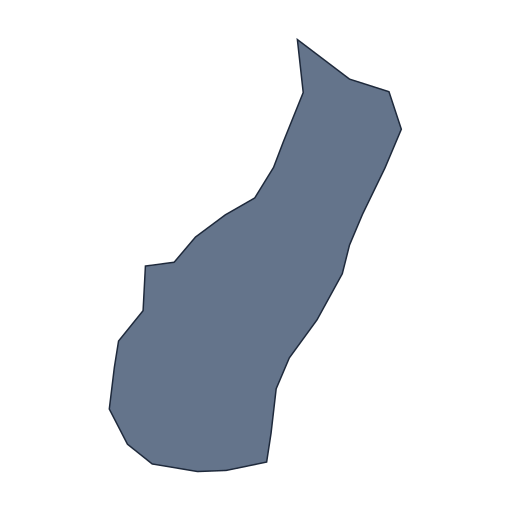 the district of Agios Georgios Keryneias, Cyprus, rotated 93°
{"feature_id": "46923920B51635093907886", "entity_name": "Agios Georgios Keryneias", "entity_type": "district", "adm_level": 2, "iso_a3": "CYP", "parent_name": "Cyprus", "parent_adm1": "", "projection": "equal_earth", "projection_center": [33.268, 35.344], "detail": "fine", "context": "isolated", "style": "filled", "palette": "slate", "viewbox_px": 512, "rotation_deg": 93, "n_neighbors": 0, "source": "geoboundaries", "source_scale": "gbopen_adm2", "svg_char_len": 526}
<svg xmlns="http://www.w3.org/2000/svg" viewBox="0 0 512 512"><g transform="rotate(93 256 256)"><path d="M271.8,365.9L316.5,365.9L348.1,388.8L374.4,391.6L416.5,394.5L450.7,374.5L469.1,348.8L474.3,303.1L471.7,274.6L461.2,234.6L432.2,231.7L387.5,228.9L356.0,217.4L316.5,191.7L269.2,168.9L240.2,163.2L208.7,151.8L161.3,131.8L121.8,117.5L85.0,131.8L74.5,171.8L37.7,226.0L90.3,217.4L140.3,234.6L166.6,243.1L198.1,260.3L216.5,288.8L240.2,317.4L266.5,337.4L271.8,365.9Z" fill="#64748b" stroke="#1e293b" stroke-width="1.5"/></g></svg>